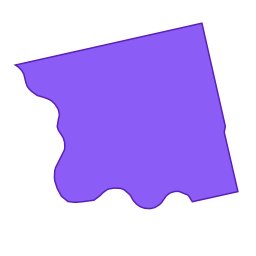 the district of Dakota, Nebraska, United States of America, rotated 167°
{"feature_id": "52423323B32373554543945", "entity_name": "Dakota", "entity_type": "district", "adm_level": 2, "iso_a3": "USA", "parent_name": "United States of America", "parent_adm1": "Nebraska", "projection": "orthographic", "projection_center": [-96.478, 42.401], "detail": "fine", "context": "isolated", "style": "filled", "palette": "violet", "viewbox_px": 256, "rotation_deg": 167, "n_neighbors": 0, "source": "geoboundaries", "source_scale": "gbopen_adm2", "svg_char_len": 994}
<svg xmlns="http://www.w3.org/2000/svg" viewBox="0 0 256 256"><g transform="rotate(167 128 128)"><path d="M177.5,65.3L170.2,68.5L167.2,70.5L162.1,72.7L160.4,72.9L154.9,72.6L148.8,70.8L146.5,69.4L145.1,68.0L141.3,62.7L140.5,60.9L139.8,58.1L138.8,55.4L136.6,51.6L134.7,49.5L133.2,48.1L129.9,46.1L124.4,44.4L119.8,44.5L114.6,46.2L112.2,47.7L106.1,53.2L102.6,54.9L100.1,55.5L96.3,55.6L93.5,55.0L92.1,54.4L84.7,49.2L83.6,46.8L81.9,41.7L35.2,41.3L35.2,102.2L32.8,107.7L32.4,211.8L32.4,213.5L223.6,214.7L221.3,212.3L218.7,208.1L217.4,204.0L217.3,195.7L217.0,192.4L216.6,190.7L215.6,188.4L213.8,185.5L209.2,180.2L203.0,176.7L199.5,174.4L196.9,172.2L193.9,168.0L191.9,162.4L191.7,160.1L191.8,157.3L192.2,155.4L193.8,152.3L196.7,145.2L196.3,141.4L193.3,133.1L193.0,128.3L194.0,123.0L194.9,120.9L207.4,105.8L209.1,102.5L210.9,96.1L211.2,92.5L210.6,85.4L208.5,77.5L208.2,76.5L203.0,69.8L202.9,69.8L196.1,67.4L194.0,67.1L188.7,66.4L177.5,65.3Z" fill="#8b5cf6" stroke="#5b21b6" stroke-width="1.5"/></g></svg>